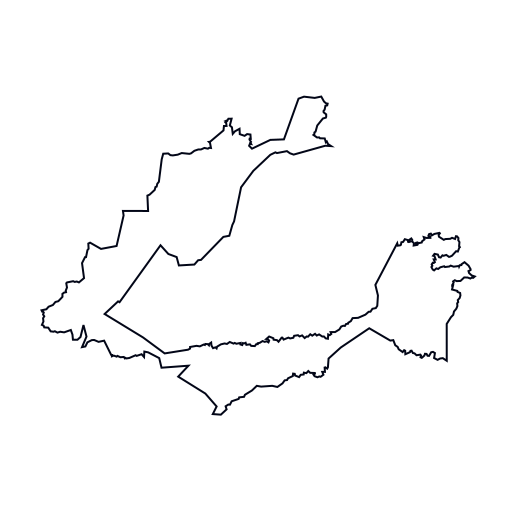 Metlatónoc, Guerrero, Mexico, rotated 267°
{"feature_id": "50627088B85830591431491", "entity_name": "Metlatónoc", "entity_type": "district", "adm_level": 2, "iso_a3": "MEX", "parent_name": "Mexico", "parent_adm1": "Guerrero", "projection": "robinson", "projection_center": [-98.445, 17.124], "detail": "fine", "context": "isolated", "style": "outline", "palette": "ink", "viewbox_px": 512, "rotation_deg": 267, "n_neighbors": 0, "source": "geoboundaries", "source_scale": "gbopen_adm2", "svg_char_len": 6107}
<svg xmlns="http://www.w3.org/2000/svg" viewBox="0 0 512 512"><g transform="rotate(267 256 256)"><path d="M100.4,204.6L99.4,212.6L104.4,218.6L107.5,217.8L109.1,220.6L108.9,222.2L112.2,224.1L114.2,231.2L115.7,231.8L116.0,236.7L118.0,237.7L121.9,244.9L126.3,250.0L125.3,254.3L125.5,265.4L124.1,270.5L127.4,275.8L130.3,278.1L130.5,280.5L132.2,281.6L134.2,286.5L136.6,286.9L136.3,288.5L134.6,288.8L132.8,292.7L135.0,294.4L135.2,297.4L137.0,297.7L136.4,300.2L138.4,302.2L136.5,304.0L136.1,308.6L135.4,308.7L134.6,307.2L132.9,308.2L131.7,311.0L132.4,312.9L132.0,314.2L133.9,317.1L136.8,316.1L136.7,318.8L141.0,318.7L141.2,319.5L139.8,321.2L141.1,322.0L149.8,323.1L160.2,335.9L177.9,365.3L164.5,385.7L164.8,388.7L159.6,390.4L157.8,392.7L155.4,393.6L152.4,397.4L154.2,399.0L153.6,400.0L150.1,400.0L151.9,404.7L153.2,405.3L153.3,406.4L150.9,407.6L150.5,409.2L148.5,411.1L148.9,415.0L148.0,415.6L146.3,415.0L145.6,416.2L147.8,419.0L149.5,419.6L149.3,421.2L147.4,422.1L147.2,423.6L150.7,425.9L151.0,427.7L149.7,429.6L144.8,428.5L142.8,431.9L144.0,434.5L144.2,437.2L141.4,441.0L178.2,442.9L184.7,447.5L186.9,449.9L190.2,450.8L192.9,453.3L195.5,454.5L198.2,454.4L199.4,455.5L201.4,455.2L203.4,457.2L206.0,458.1L208.4,457.9L209.6,455.4L210.6,455.2L212.3,450.0L216.1,451.2L215.9,450.4L216.7,450.4L219.1,452.0L220.3,451.5L221.4,453.3L220.4,455.1L220.4,458.9L223.7,462.8L223.4,466.2L222.3,468.9L223.1,470.3L222.8,471.7L224.1,473.4L225.3,470.4L227.8,467.9L229.8,467.4L230.7,469.5L231.6,469.6L235.2,467.8L238.9,463.9L237.0,460.8L236.2,460.6L236.1,458.9L234.9,458.3L235.4,458.2L235.0,452.8L236.2,449.9L235.4,448.5L235.1,444.1L235.9,443.4L235.1,439.5L233.5,437.2L234.2,435.5L232.3,433.1L233.2,431.8L235.8,430.6L237.0,431.6L238.4,431.0L240.0,432.2L239.7,433.1L240.5,434.3L243.3,433.3L243.2,435.2L246.6,434.2L247.0,432.9L248.8,434.4L247.9,437.7L245.2,438.7L244.8,440.3L246.9,442.2L246.4,443.3L247.1,446.1L245.0,448.7L245.2,449.7L246.0,451.7L250.3,456.1L249.9,457.8L253.8,459.5L254.6,460.7L254.4,459.6L255.1,459.3L259.2,459.9L261.2,458.8L263.3,459.1L265.1,457.8L265.3,456.7L262.6,455.7L263.9,452.7L263.0,450.9L263.0,445.9L262.3,444.4L265.7,439.7L267.5,439.5L269.0,440.8L269.5,440.4L268.7,435.3L267.4,432.8L269.2,431.8L268.8,430.0L267.1,429.2L266.4,429.7L266.5,431.0L265.0,431.1L265.1,427.1L266.1,424.5L263.7,425.1L262.1,422.7L260.8,422.2L260.3,419.1L261.1,417.9L260.8,416.5L260.2,416.4L259.3,418.1L258.7,417.8L258.2,414.0L260.6,414.4L262.4,412.6L263.9,412.9L265.4,412.0L264.3,410.2L262.3,410.8L261.9,409.4L262.2,408.6L263.9,408.6L265.0,405.5L262.4,403.7L262.1,401.9L259.6,401.3L259.1,400.5L258.9,398.1L261.3,397.7L220.9,373.7L210.2,375.7L199.9,374.5L197.7,372.9L197.2,369.5L194.4,367.4L194.4,365.6L191.7,362.2L188.9,354.7L188.9,349.2L186.0,347.3L184.5,344.6L183.6,344.4L183.3,342.3L181.5,341.1L181.8,339.6L181.1,337.4L178.3,335.4L175.9,331.0L176.1,326.5L174.2,327.1L173.1,325.5L173.9,324.0L169.6,323.5L170.1,321.3L172.1,319.6L172.1,318.0L174.4,314.9L173.4,312.5L175.2,310.9L173.5,308.0L175.0,306.1L172.7,303.7L173.0,302.4L171.5,300.3L174.3,297.9L173.4,295.3L174.7,293.8L174.3,289.9L172.4,289.0L171.9,285.8L172.8,284.1L171.1,279.2L173.1,278.1L173.1,277.3L169.2,274.0L170.9,272.5L171.5,269.2L173.0,269.0L174.9,264.9L172.6,262.0L172.4,263.4L170.8,264.7L169.1,263.9L170.3,262.2L169.8,260.2L170.7,258.1L169.1,255.2L168.8,253.2L167.9,253.1L167.9,251.6L166.1,250.1L166.5,246.5L168.1,245.3L167.8,241.7L169.9,241.1L169.3,239.6L169.7,238.4L167.8,237.6L168.5,235.8L170.0,236.1L169.4,231.8L170.3,230.2L169.7,229.0L171.5,225.3L169.7,222.4L170.3,220.0L169.6,216.3L167.5,212.4L165.8,211.8L166.9,210.7L166.2,208.3L169.0,206.8L171.9,206.7L170.6,204.6L169.3,204.3L170.5,203.2L170.8,200.8L169.8,200.3L170.3,199.1L168.7,195.2L169.4,191.9L168.6,185.4L167.0,185.3L166.0,183.3L163.5,159.7L180.6,138.9L206.0,101.8L217.9,115.9L217.0,117.3L271.7,161.2L262.6,168.6L259.1,176.7L250.6,178.5L250.7,194.0L254.8,198.0L255.0,200.9L276.8,224.4L277.6,230.4L288.2,234.0L291.7,235.9L325.4,244.7L341.2,257.8L356.3,275.6L358.5,280.8L357.7,282.3L359.1,292.4L356.8,295.3L355.3,298.9L362.5,331.0L361.8,336.8L364.0,333.8L366.7,332.7L365.9,331.7L369.8,330.8L370.2,326.1L371.1,325.3L371.2,323.1L373.9,319.7L374.7,320.7L376.3,320.8L377.1,322.0L383.1,324.0L389.8,330.0L390.5,333.0L391.4,333.4L393.8,333.5L395.9,331.1L397.2,331.0L398.6,332.2L402.4,333.2L402.7,335.0L404.4,335.5L404.8,333.9L406.7,332.0L411.8,329.5L410.8,322.9L412.6,312.3L410.9,306.7L371.0,290.0L371.2,276.4L363.4,257.6L366.4,254.9L368.4,255.8L368.1,257.0L369.5,256.3L370.2,257.0L372.6,255.6L373.5,255.8L373.3,256.9L377.6,256.8L378.2,253.5L376.6,250.9L378.5,246.2L383.9,246.2L381.6,241.5L379.2,239.2L385.8,238.7L387.7,236.7L394.4,238.8L394.5,235.6L393.2,234.8L392.4,232.8L391.9,233.7L391.0,232.5L390.3,233.2L387.4,233.4L387.5,230.8L383.1,230.1L372.5,216.1L372.4,215.0L371.3,216.0L366.2,216.7L366.5,215.0L365.7,213.6L366.6,210.1L365.3,206.7L365.4,203.9L364.3,200.0L361.9,196.5L361.5,194.8L362.7,187.2L361.3,183.2L360.8,178.2L361.2,175.8L363.0,173.7L363.0,168.7L357.5,166.9L335.2,162.9L333.3,161.2L330.5,160.4L330.1,159.2L327.3,158.3L322.8,152.9L322.0,150.7L306.6,150.6L308.0,125.5L303.4,125.9L273.3,117.3L271.2,101.6L278.0,91.0L277.2,89.2L272.0,89.2L270.7,88.0L263.8,86.2L263.8,85.2L258.0,81.9L242.9,83.1L238.9,77.8L239.9,75.7L239.6,73.6L240.4,72.1L239.5,65.9L238.7,65.1L234.4,65.6L231.4,64.2L229.8,64.4L229.5,62.4L228.3,60.7L225.4,60.6L224.0,59.2L221.2,56.2L220.6,53.3L217.7,50.6L216.2,46.2L213.8,43.9L213.0,39.0L211.6,39.6L211.6,40.4L210.7,41.1L208.7,40.3L206.9,41.4L205.0,40.1L201.7,40.3L198.4,38.6L197.5,40.3L195.8,40.8L195.3,44.8L191.5,47.0L191.0,49.9L191.4,51.2L189.9,53.7L190.6,56.5L189.8,60.4L191.8,67.2L187.1,68.6L182.0,68.8L181.7,73.3L184.3,76.5L196.1,80.1L184.4,82.5L174.1,77.5L174.6,80.9L178.6,83.1L180.6,87.6L180.6,90.0L178.5,94.3L179.4,99.9L164.8,106.2L164.7,107.0L163.4,106.9L164.0,108.7L162.8,111.6L163.5,112.4L162.0,115.3L162.1,118.7L160.6,119.7L161.1,120.3L160.5,121.3L160.8,124.2L163.2,130.6L162.5,131.6L163.9,136.6L161.0,138.9L166.4,139.5L165.4,143.3L159.1,154.0L149.4,155.8L150.0,182.8L139.6,172.0L121.3,198.2L107.8,208.8L100.4,204.6Z" fill="none" stroke="#020617" stroke-width="2"/></g></svg>